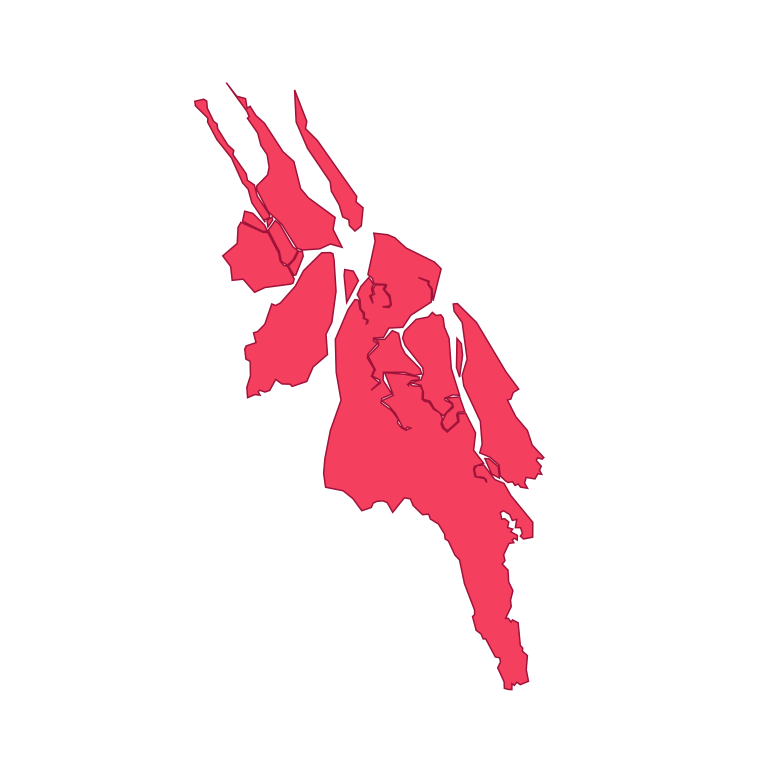 the district of Sittwe, Rakhine, Myanmar, rotated 172°
{"feature_id": "60261553B78069071602625", "entity_name": "Sittwe", "entity_type": "district", "adm_level": 2, "iso_a3": "MMR", "parent_name": "Myanmar", "parent_adm1": "Rakhine", "projection": "robinson", "projection_center": [92.892, 20.402], "detail": "fine", "context": "isolated", "style": "filled", "palette": "rose", "viewbox_px": 768, "rotation_deg": 172, "n_neighbors": 0, "source": "geoboundaries", "source_scale": "gbopen_adm2", "svg_char_len": 6171}
<svg xmlns="http://www.w3.org/2000/svg" viewBox="0 0 768 768"><g transform="rotate(172 384 384)"><path d="M258.1,211.6L255.9,226.3L274.0,256.0L279.0,268.9L287.5,273.9L296.5,290.0L303.4,290.3L306.5,286.8L305.7,279.4L298.4,277.7L296.2,275.2L296.0,272.1L297.7,276.4L306.7,279.6L307.2,286.7L305.9,289.8L296.4,291.7L304.5,305.9L300.1,322.7L307.2,343.6L314.7,344.1L315.0,336.3L328.0,327.6L332.0,332.1L333.1,336.4L330.9,341.8L332.6,347.4L338.4,352.2L342.1,359.9L346.2,361.2L348.3,363.7L346.7,372.5L348.2,376.7L355.8,378.1L358.8,381.2L359.8,379.0L360.7,380.2L356.0,383.6L349.0,383.3L347.9,385.8L362.0,390.7L381.7,395.1L376.3,371.5L388.8,367.6L382.3,361.7L376.7,353.2L371.6,338.5L369.2,336.1L366.7,338.2L363.6,336.6L368.6,335.2L372.7,338.1L376.1,343.6L374.8,347.1L379.9,356.3L389.5,365.6L388.3,370.0L377.6,373.0L384.4,387.9L382.9,395.7L362.3,392.8L352.5,388.2L345.3,388.7L346.3,394.2L358.9,411.1L361.6,418.9L362.5,432.1L368.3,435.7L377.1,428.1L386.9,429.4L383.7,426.0L384.1,422.8L395.8,413.8L390.7,399.4L394.6,393.5L387.8,388.7L387.5,385.5L397.7,379.6L388.6,385.8L395.4,393.5L391.6,399.8L396.9,412.3L395.7,416.1L384.8,424.9L388.4,428.3L388.0,431.0L378.0,430.2L371.4,438.7L357.5,437.5L348.0,448.3L325.8,458.6L323.8,470.8L326.6,476.6L326.2,479.2L335.2,484.7L325.0,479.5L325.8,476.5L323.2,471.8L323.8,459.6L311.4,490.1L317.0,497.7L343.2,515.6L352.8,527.2L359.6,531.3L373.1,534.8L372.9,526.7L384.7,494.6L380.8,490.3L379.9,484.6L368.2,482.3L367.9,480.9L370.3,477.2L365.8,470.8L365.7,461.2L368.4,459.0L374.7,460.7L368.1,460.4L366.4,462.8L366.8,469.4L371.5,478.0L368.9,481.9L378.8,483.4L381.9,479.3L380.8,474.3L384.4,473.3L383.7,465.3L385.9,473.1L382.7,474.5L383.0,480.2L380.5,484.2L384.2,491.6L393.3,483.8L398.1,476.2L396.0,471.2L396.6,461.6L393.5,457.0L394.4,452.0L390.9,449.5L391.6,446.9L393.1,446.1L391.6,449.8L395.3,451.7L394.7,456.6L397.4,461.5L397.6,470.6L401.0,471.7L409.4,462.5L426.0,434.9L429.7,402.3L428.8,373.9L443.6,345.4L452.9,318.4L456.2,304.0L456.2,289.9L439.4,284.0L430.8,274.9L423.6,261.6L413.7,263.5L411.4,267.5L407.3,268.8L401.1,268.4L397.3,266.0L393.2,255.7L379.8,268.4L373.9,266.6L372.1,259.7L364.0,249.2L357.9,248.9L356.9,243.9L349.6,237.8L344.9,227.0L345.0,222.1L342.1,219.6L337.5,204.6L333.7,199.3L332.1,175.0L325.8,147.7L326.3,143.1L328.7,141.4L327.0,127.2L322.7,123.0L321.3,117.8L318.7,117.4L311.8,98.3L307.6,96.7L307.3,92.5L310.9,87.2L306.5,72.3L307.2,65.9L302.3,63.9L299.9,63.6L299.0,69.4L296.9,67.4L294.0,70.2L290.9,67.3L282.3,69.5L282.9,81.3L279.8,95.1L284.1,100.1L283.4,103.2L285.4,106.2L284.4,128.9L289.6,132.5L291.3,130.6L293.6,134.7L296.2,135.0L289.0,145.9L288.8,152.3L285.1,161.4L288.1,170.6L287.1,182.4L292.0,189.2L288.8,192.2L289.3,198.2L282.4,208.8L277.5,208.8L278.7,211.7L276.4,213.1L273.8,210.9L273.0,215.5L279.1,220.1L276.7,222.4L281.6,224.7L279.6,229.9L283.2,233.8L286.2,233.7L286.7,240.6L283.2,241.8L277.7,237.2L275.9,231.0L271.4,231.5L273.9,223.5L268.8,222.7L267.7,216.8L270.2,214.4L267.3,211.1L258.1,211.6ZM475.3,394.4L460.1,397.3L451.8,410.8L435.9,421.0L434.5,441.3L427.0,452.5L418.6,482.5L416.2,513.6L416.4,520.0L418.7,521.6L427.5,522.6L447.9,507.4L458.2,493.2L475.4,478.6L480.4,476.8L484.0,478.9L493.7,459.8L501.9,453.5L506.1,452.8L505.0,442.8L515.1,440.9L517.0,438.1L517.3,427.9L513.4,425.1L515.1,410.7L520.3,399.8L521.0,389.4L513.5,391.5L508.3,390.2L509.7,393.7L508.1,395.2L503.0,392.6L498.1,393.6L490.6,403.6L485.1,398.3L477.1,396.9L475.3,394.4ZM258.0,333.1L264.0,350.9L260.5,351.4L257.2,357.6L251.3,360.2L261.6,379.2L283.8,432.0L300.1,453.4L304.3,453.6L304.4,446.3L298.0,434.0L298.2,397.2L305.3,381.9L305.3,371.2L293.8,333.7L295.2,310.7L298.8,302.5L289.3,296.8L281.4,287.8L281.7,276.9L277.7,271.8L275.0,269.2L270.3,269.3L268.4,265.3L265.0,266.3L263.2,262.9L256.4,260.8L258.6,266.3L256.2,271.7L247.7,269.0L244.1,273.7L240.4,272.6L242.0,277.2L239.7,280.6L243.8,287.0L242.2,289.6L237.9,287.6L236.0,288.9L245.8,303.0L248.5,318.1L258.0,333.1ZM417.7,530.1L406.5,525.2L412.9,544.3L409.2,555.7L433.1,579.0L439.4,589.2L442.3,616.8L451.8,628.2L466.2,659.0L473.5,667.7L478.0,677.7L481.2,676.0L481.4,685.9L489.8,689.5L498.3,704.4L481.8,673.1L480.3,667.5L482.3,666.2L474.1,650.0L472.7,637.4L467.8,627.4L467.6,614.5L470.2,607.2L482.3,598.0L483.1,594.8L474.8,571.2L463.0,556.4L451.3,530.6L446.0,528.0L428.7,526.8L417.7,530.1ZM347.3,363.4L340.8,360.6L337.7,352.8L329.6,344.2L319.3,352.6L319.7,355.3L325.7,359.4L325.9,361.5L317.1,363.7L310.7,362.2L315.2,390.0L313.2,420.2L316.3,432.2L316.2,441.2L318.1,444.6L323.0,444.6L326.1,448.2L330.8,444.2L343.2,443.5L356.4,433.3L359.2,426.9L357.7,419.3L343.4,394.9L343.4,389.3L346.8,383.0L357.4,381.5L347.7,377.7L346.1,370.6L347.3,363.4ZM508.9,507.4L499.4,492.8L488.5,496.1L462.5,495.9L460.0,496.6L458.3,500.5L463.0,513.9L466.7,515.4L469.7,520.2L470.1,528.4L478.0,550.3L482.2,550.8L503.2,564.0L506.7,559.5L509.8,543.6L525.9,533.3L519.5,521.8L519.9,507.8L508.9,507.4ZM391.5,539.5L384.5,543.7L380.2,561.4L386.4,568.3L384.9,573.5L416.1,634.4L426.2,647.8L423.9,654.8L431.6,687.7L434.5,655.6L426.9,627.9L409.2,591.8L409.3,582.2L403.5,567.8L401.6,555.2L396.0,551.5L396.2,545.7L391.5,539.5ZM489.6,581.8L479.2,560.7L479.3,563.5L475.0,564.2L473.6,566.7L483.3,587.6L484.7,599.2L490.9,604.8L491.2,611.3L501.7,632.1L500.3,636.2L505.5,642.6L513.2,660.0L513.1,664.8L516.1,667.7L520.6,681.7L520.2,688.9L522.9,691.1L532.0,690.3L532.0,685.7L521.4,671.8L522.2,667.9L515.5,649.4L503.6,629.1L496.0,602.8L491.4,595.9L489.6,581.8ZM468.9,560.9L477.2,552.4L469.2,529.8L468.7,519.8L462.9,515.0L456.7,519.6L450.8,528.1L455.2,532.6L464.9,556.3L468.9,560.9ZM326.5,346.2L332.1,337.9L330.4,331.6L327.2,329.1L316.0,336.8L316.3,343.7L314.5,345.7L307.8,345.3L310.9,360.7L324.6,361.4L318.9,355.3L318.7,351.1L326.5,346.2ZM406.9,502.8L408.4,497.1L409.6,469.9L394.9,490.0L398.7,500.1L406.9,502.8ZM497.9,574.5L501.4,564.8L482.9,552.1L478.2,551.6L480.1,557.8L490.1,571.2L497.9,574.5ZM305.4,419.0L309.9,390.4L308.2,380.3L302.2,401.5L301.8,413.2L305.4,419.0ZM450.3,527.3L455.0,520.1L462.2,514.1L458.2,504.1L456.1,504.3L446.2,521.8L446.4,526.8L450.3,527.3ZM294.5,296.1L289.9,279.9L282.8,274.8L282.4,286.3L290.5,295.4L294.5,296.1ZM471.6,564.9L477.1,562.4L477.1,555.7L471.4,561.8L471.6,564.9Z" fill="#f43f5e" stroke="#9f1239" stroke-width="1.5"/></g></svg>